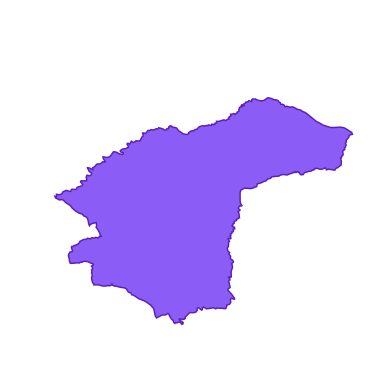 Rosas, Cauca, Colombia (Equal Earth projection), rotated 298°
{"feature_id": "7082276B70920947673933", "entity_name": "Rosas", "entity_type": "district", "adm_level": 2, "iso_a3": "COL", "parent_name": "Colombia", "parent_adm1": "Cauca", "projection": "equal_earth", "projection_center": [-76.744, 2.253], "detail": "fine", "context": "isolated", "style": "filled", "palette": "violet", "viewbox_px": 384, "rotation_deg": 298, "n_neighbors": 0, "source": "geoboundaries", "source_scale": "gbopen_adm2", "svg_char_len": 6012}
<svg xmlns="http://www.w3.org/2000/svg" viewBox="0 0 384 384"><g transform="rotate(298 192 192)"><path d="M68.0,238.6L68.6,238.5L69.5,240.3L71.1,241.4L71.2,243.3L70.4,245.1L71.0,245.8L72.3,245.7L72.8,245.0L73.1,241.2L73.5,240.5L74.1,240.4L74.4,240.9L75.1,243.6L76.2,245.0L77.3,245.4L78.0,244.7L83.7,246.3L84.6,247.0L86.3,250.2L87.6,251.7L89.9,252.2L91.7,251.1L93.0,252.4L92.3,254.9L92.3,256.1L93.1,256.3L94.8,255.6L95.8,256.2L95.7,259.7L98.4,263.5L99.7,264.7L100.0,267.8L101.4,268.7L104.7,276.3L105.6,276.6L108.8,275.9L110.2,277.7L111.9,278.1L112.8,278.0L115.0,276.5L116.4,276.4L116.7,276.7L117.0,279.5L117.5,279.9L118.2,279.2L120.2,275.3L122.0,270.1L122.4,269.6L123.2,269.4L125.6,270.5L130.6,266.2L131.4,266.1L132.1,266.8L132.8,266.5L134.0,264.2L134.5,264.7L134.9,266.3L135.6,266.5L140.2,263.8L144.4,263.2L146.4,261.8L147.3,260.6L149.3,261.4L150.1,261.2L150.8,260.0L151.1,257.1L153.3,256.3L154.9,253.4L156.2,253.6L156.7,251.6L158.8,249.5L160.9,249.7L164.7,248.0L166.1,248.2L166.9,246.5L167.6,245.8L168.2,245.9L168.5,247.7L169.0,248.1L169.8,247.8L170.9,246.5L171.3,246.3L171.7,246.8L173.2,245.7L174.2,246.6L175.6,246.1L176.1,246.9L177.1,246.9L178.3,245.9L179.5,247.0L180.9,246.0L180.4,244.1L181.2,243.1L182.2,243.7L183.3,243.1L184.1,243.9L184.9,243.4L186.2,243.5L187.7,244.6L189.1,244.2L189.9,245.1L190.9,245.3L191.5,246.0L195.4,243.3L196.2,241.9L196.9,242.4L198.2,242.4L198.3,242.9L198.6,242.9L198.9,242.4L199.0,241.2L199.7,240.6L201.8,240.4L203.0,242.4L203.5,242.5L204.3,240.7L206.3,238.9L213.9,234.8L216.5,234.2L219.7,236.3L220.4,237.2L222.3,241.8L224.3,244.2L225.8,245.1L226.5,246.1L227.2,246.6L229.7,245.7L232.5,248.7L235.2,250.6L236.5,252.1L238.8,252.6L240.9,254.9L243.0,255.4L246.8,261.2L248.6,262.2L250.6,264.9L251.6,267.9L255.5,271.2L255.9,272.0L256.9,272.2L257.6,273.8L258.3,273.6L258.3,274.8L259.4,275.3L259.3,276.6L259.7,277.3L258.5,279.1L258.4,280.3L259.6,282.0L261.8,282.2L262.4,282.7L265.2,285.6L266.2,287.2L267.9,288.1L268.6,289.3L270.2,289.2L270.7,290.3L271.4,290.6L272.2,294.5L273.7,296.6L275.7,298.1L275.8,298.9L274.7,300.3L276.4,302.1L278.3,307.8L280.9,308.2L281.8,309.1L285.8,311.0L289.4,309.4L290.4,308.1L291.5,308.0L291.9,307.2L293.3,307.8L294.1,307.4L294.9,307.9L296.3,307.8L297.1,306.8L297.8,306.7L298.8,305.9L300.4,306.3L301.2,307.0L302.5,305.9L303.8,306.4L304.9,305.9L305.7,306.1L307.2,304.5L308.5,304.8L310.2,303.9L313.6,304.7L315.8,304.3L316.7,304.8L318.2,306.6L319.6,305.0L320.1,297.6L320.0,295.6L318.8,292.3L315.2,286.4L313.8,283.3L312.6,276.2L312.8,273.1L312.7,268.5L315.1,256.6L315.3,254.2L315.0,251.5L315.4,249.9L314.5,245.7L314.5,241.1L312.6,238.0L312.3,235.5L310.9,234.3L311.9,232.7L312.0,231.6L311.8,230.4L311.1,229.2L312.4,227.8L312.4,226.4L313.1,225.2L313.1,224.0L312.6,222.2L311.8,220.9L312.0,219.2L311.1,215.2L309.6,213.8L308.3,213.7L306.2,212.1L304.9,210.2L303.9,207.0L303.9,204.3L302.5,201.8L301.6,201.4L299.9,202.2L299.3,199.3L297.6,198.8L296.6,197.3L295.3,197.3L294.0,196.4L292.7,197.4L292.4,197.0L292.6,195.5L292.3,195.0L291.6,194.9L290.9,196.1L290.4,195.1L288.8,194.2L288.0,194.7L286.9,194.6L285.9,195.3L284.9,195.3L283.7,194.4L283.1,194.7L282.3,194.1L280.8,193.8L280.9,192.0L279.8,191.2L278.8,189.6L277.3,190.6L275.9,189.6L275.4,189.9L274.7,189.6L273.8,190.3L272.9,189.2L270.9,188.3L270.7,186.3L267.1,182.7L265.9,180.5L265.0,181.1L264.3,181.0L263.6,180.0L262.3,180.3L261.1,177.6L260.1,177.9L259.2,176.3L259.1,175.3L257.7,174.4L257.6,173.6L256.0,171.9L255.6,170.4L253.6,168.3L252.6,167.6L249.4,166.6L248.4,165.3L246.5,164.5L246.2,163.4L244.9,162.2L242.9,161.2L241.7,161.7L240.4,160.5L239.2,157.2L239.9,151.3L241.2,148.5L241.1,147.1L240.2,144.7L240.6,142.2L240.0,141.5L239.2,141.6L238.5,140.9L236.6,141.3L235.8,139.9L234.5,140.0L234.0,139.6L233.8,138.7L234.1,136.6L233.1,132.4L232.0,132.3L231.2,131.5L231.0,130.6L229.4,129.6L228.1,127.8L227.8,126.5L226.4,125.8L225.7,124.2L221.9,123.6L221.3,121.2L220.8,120.7L219.8,121.8L218.3,122.5L217.0,122.0L213.1,122.1L212.2,121.3L210.9,118.5L208.4,117.4L208.2,116.6L208.4,114.6L204.9,114.5L205.0,112.7L204.4,112.0L203.5,112.4L202.5,114.4L201.8,114.8L199.0,113.0L197.5,110.7L195.0,109.2L194.3,109.5L193.9,110.4L194.4,112.8L193.5,113.4L192.5,113.0L191.4,109.0L191.8,107.6L191.2,104.8L190.5,103.7L185.6,103.1L183.8,102.2L182.6,100.7L181.3,96.9L180.4,97.4L179.4,98.8L178.5,100.8L177.9,101.2L177.4,100.7L176.9,99.1L174.1,98.0L171.8,94.8L168.5,94.1L166.9,93.0L165.0,94.0L165.1,90.5L164.4,88.3L163.9,88.5L163.1,90.1L161.8,91.6L161.6,94.3L160.4,95.0L158.8,94.5L158.0,93.3L157.8,91.9L157.3,91.3L155.2,91.7L153.3,93.5L152.3,93.5L149.9,89.0L149.2,88.6L148.5,88.9L147.5,91.9L145.8,91.9L142.3,88.4L139.8,88.6L138.1,84.7L137.5,84.4L135.9,84.6L135.1,83.9L134.7,81.2L134.2,80.0L131.5,77.9L129.5,78.0L128.6,77.4L127.0,75.8L126.6,73.7L126.3,73.4L124.0,74.5L123.8,73.0L122.7,74.3L122.8,79.0L123.9,79.8L124.4,82.2L123.4,85.4L122.9,91.1L121.6,93.6L120.6,97.7L120.3,102.5L121.0,105.3L120.1,107.6L120.3,110.8L118.8,113.0L115.1,116.0L114.1,117.3L115.5,117.5L117.0,118.4L120.1,121.8L117.5,123.6L115.8,123.9L114.9,126.0L112.2,130.1L111.0,131.1L110.3,132.6L109.4,131.1L107.4,130.9L106.8,128.3L105.8,127.6L104.9,126.4L104.8,125.1L102.9,124.2L102.1,121.5L100.6,120.8L99.1,118.6L95.8,116.2L94.3,116.4L92.5,115.8L90.8,114.4L90.2,114.4L89.4,112.9L88.1,112.8L87.6,111.5L86.4,111.5L83.9,114.2L83.0,114.0L81.7,112.5L79.0,112.3L77.6,112.9L74.9,115.4L74.0,115.8L72.0,117.8L72.5,119.3L75.9,124.4L76.3,125.7L77.9,126.8L78.2,127.8L79.4,128.4L80.6,130.0L81.6,132.9L81.7,136.1L82.2,138.1L81.8,138.9L81.3,139.0L79.3,138.0L78.7,139.5L77.9,140.2L76.0,139.9L74.9,141.0L73.4,141.3L71.8,143.0L69.2,143.5L66.6,145.5L65.2,147.1L64.7,148.6L63.9,148.9L66.2,153.2L67.1,157.5L69.0,160.8L70.3,161.9L70.2,162.9L71.4,164.3L73.2,164.5L72.4,165.7L72.5,167.6L73.6,170.5L74.1,173.0L75.8,178.0L75.5,180.0L73.8,182.7L74.1,185.4L73.0,187.0L73.4,188.9L72.8,195.1L73.5,201.2L73.4,203.9L72.7,208.6L71.0,213.0L65.2,217.9L64.2,219.9L69.3,223.3L71.1,226.4L73.5,227.8L73.1,229.5L72.3,229.9L70.1,233.6L69.5,236.1L68.2,237.2L68.0,238.6Z" fill="#8b5cf6" stroke="#5b21b6" stroke-width="1.5"/></g></svg>